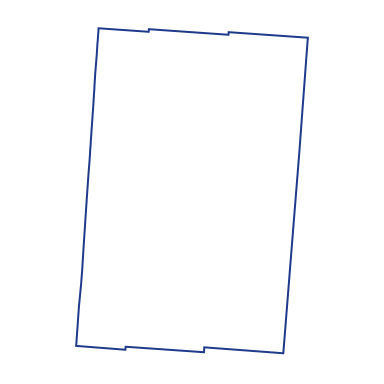 outline of Cherry, Nebraska, United States of America, rotated 274°
{"feature_id": "52423323B98864499560077", "entity_name": "Cherry", "entity_type": "district", "adm_level": 2, "iso_a3": "USA", "parent_name": "United States of America", "parent_adm1": "Nebraska", "projection": "mercator", "projection_center": [-100.973, 42.543], "detail": "fine", "context": "isolated", "style": "outline", "palette": "blue", "viewbox_px": 384, "rotation_deg": 274, "n_neighbors": 0, "source": "geoboundaries", "source_scale": "gbopen_adm2", "svg_char_len": 646}
<svg xmlns="http://www.w3.org/2000/svg" viewBox="0 0 384 384"><g transform="rotate(274 192 192)"><path d="M354.0,296.8L354.0,217.4L351.4,217.4L351.4,137.6L348.8,137.6L348.8,122.6L348.8,87.4L335.4,87.4L334.4,87.3L323.3,87.4L322.3,87.4L302.5,87.2L292.0,87.3L290.4,87.3L288.9,87.4L276.7,87.4L275.6,87.5L235.7,87.5L232.3,87.6L229.1,87.5L220.4,87.6L219.4,87.6L213.3,87.6L206.0,87.5L175.1,87.5L174.8,87.6L174.6,87.6L174.4,87.5L128.8,87.7L107.6,87.9L92.7,87.8L69.7,87.2L30.4,87.2L30.0,136.5L33.0,136.6L33.0,215.1L37.9,215.1L37.5,294.3L43.3,294.4L141.2,295.3L239.3,296.3L337.1,296.7L354.0,296.8Z" fill="none" stroke="#1e3a8a" stroke-width="2"/></g></svg>